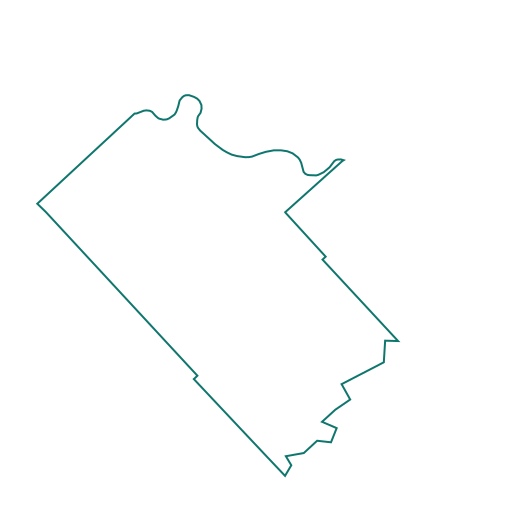 Leavenworth, Kansas, United States of America (Albers equal-area conic projection), rotated 317°
{"feature_id": "52423323B85501072071339", "entity_name": "Leavenworth", "entity_type": "district", "adm_level": 2, "iso_a3": "USA", "parent_name": "United States of America", "parent_adm1": "Kansas", "projection": "albers", "projection_center": [-94.929, 39.188], "detail": "fine", "context": "isolated", "style": "outline", "palette": "teal", "viewbox_px": 512, "rotation_deg": 317, "n_neighbors": 0, "source": "geoboundaries", "source_scale": "gbopen_adm2", "svg_char_len": 1268}
<svg xmlns="http://www.w3.org/2000/svg" viewBox="0 0 512 512"><g transform="rotate(317 256 256)"><path d="M301.9,415.1L302.2,304.0L306.5,304.0L307.1,244.6L307.2,243.9L383.9,245.4L385.4,245.7L384.0,243.3L381.6,241.2L380.2,240.4L378.0,240.0L370.3,241.3L362.7,240.9L357.1,239.2L355.1,238.2L350.2,233.3L349.0,231.8L348.1,229.5L348.2,226.9L352.6,218.7L353.7,215.2L353.9,212.5L352.8,205.9L350.3,200.7L346.3,195.7L341.0,190.8L334.2,186.5L327.6,183.3L320.9,180.6L318.2,178.8L315.4,176.3L310.3,170.0L307.3,165.2L305.4,160.3L304.0,155.7L303.2,151.2L302.3,146.2L300.7,126.2L300.9,123.6L301.0,122.8L301.4,121.4L302.7,119.4L305.7,116.5L307.9,114.8L309.3,114.2L313.0,113.5L316.6,111.2L319.0,108.4L320.4,104.1L320.3,100.8L319.2,97.4L316.7,92.7L314.2,90.5L312.4,89.8L310.4,89.6L306.2,90.2L301.3,93.4L297.4,95.5L295.3,96.4L292.8,97.0L286.3,96.1L284.1,95.3L283.6,95.0L282.5,94.2L281.0,92.9L278.8,89.4L278.4,87.9L278.1,84.6L278.3,79.8L277.4,77.4L275.3,74.9L273.0,73.2L266.0,70.4L264.3,69.0L131.7,68.6L132.3,80.4L131.5,303.6L126.6,303.6L126.9,372.2L127.1,410.6L127.3,436.6L139.1,433.1L141.3,422.8L156.6,432.7L174.7,432.8L183.8,443.4L197.6,436.9L191.2,422.3L209.1,422.5L227.0,425.2L231.2,408.1L277.0,420.9L292.7,406.0L301.9,415.1Z" fill="none" stroke="#0f766e" stroke-width="2"/></g></svg>